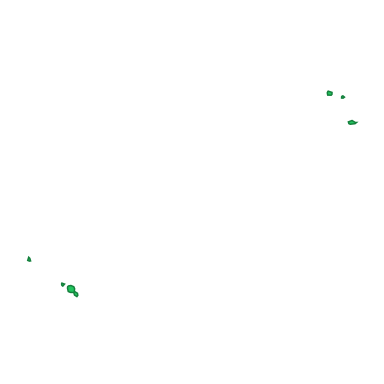 French Polynesia, Robinson projection, rotated 10°
{"feature_id": "PYF", "entity_name": "French Polynesia", "entity_type": "country or territory", "adm_level": 0, "iso_a3": "PYF", "parent_name": "Oceania", "parent_adm1": "", "projection": "robinson", "projection_center": [-142.778, -14.829], "detail": "coarse", "context": "isolated", "style": "filled", "palette": "green", "viewbox_px": 384, "rotation_deg": 10, "n_neighbors": 0, "source": "natural_earth", "source_scale": "50m", "svg_char_len": 725}
<svg xmlns="http://www.w3.org/2000/svg" viewBox="0 0 384 384"><g transform="rotate(10 192 192)"><path d="M93.4,310.3L96.8,311.6L97.5,313.6L96.8,315.0L94.2,313.9L93.0,311.5L89.7,312.0L87.4,311.5L86.1,308.4L86.0,306.9L86.6,306.0L89.0,305.1L92.0,305.8L93.2,307.6L93.4,310.3ZM337.2,93.8L340.8,95.2L341.9,95.0L340.7,96.4L336.0,97.8L334.6,97.4L333.8,95.8L337.2,93.8ZM312.3,72.5L308.8,73.0L308.0,70.8L308.3,69.5L308.6,69.0L312.6,69.6L312.9,71.5L312.3,72.5ZM43.9,288.3L42.1,287.9L42.5,284.6L43.8,285.5L45.0,287.9L43.9,288.3ZM82.5,304.8L81.1,307.1L80.1,306.6L79.5,305.2L79.7,304.3L82.5,304.8ZM324.6,73.3L323.0,73.5L322.8,72.2L323.2,71.5L323.9,71.1L325.7,72.1L324.6,73.3Z" fill="#22c55e" stroke="#15803d" stroke-width="1.5"/></g></svg>